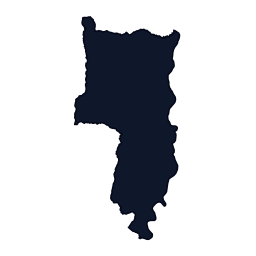 the district of Guaduas, Cundinamarca, Colombia, rotated 179°
{"feature_id": "7082276B20706046366755", "entity_name": "Guaduas", "entity_type": "district", "adm_level": 2, "iso_a3": "COL", "parent_name": "Colombia", "parent_adm1": "Cundinamarca", "projection": "orthographic", "projection_center": [-74.64, 5.204], "detail": "fine", "context": "isolated", "style": "filled", "palette": "ink", "viewbox_px": 256, "rotation_deg": 179, "n_neighbors": 0, "source": "geoboundaries", "source_scale": "gbopen_adm2", "svg_char_len": 5884}
<svg xmlns="http://www.w3.org/2000/svg" viewBox="0 0 256 256"><g transform="rotate(179 128 128)"><path d="M79.0,89.4L81.7,95.6L82.3,98.3L83.3,99.9L83.5,100.6L83.3,101.7L82.9,102.5L82.4,102.8L82.2,105.2L82.8,106.9L84.0,111.3L83.7,112.0L81.8,113.2L80.8,114.9L80.2,119.9L80.4,121.6L81.4,122.9L81.5,123.3L81.1,123.8L79.6,124.8L79.2,125.4L78.8,126.7L78.8,127.7L79.3,128.4L80.5,129.1L83.7,129.3L84.8,129.7L85.3,130.2L85.7,130.7L86.3,132.9L87.5,134.7L87.9,135.6L88.1,137.0L88.2,139.3L88.1,139.9L87.3,141.3L86.5,145.9L86.0,146.8L81.0,152.5L80.5,153.5L80.0,155.4L80.2,157.6L80.5,158.5L82.1,161.0L83.4,164.0L84.6,165.4L84.8,166.3L85.7,167.5L85.9,168.2L86.5,170.8L86.3,172.3L86.4,173.3L87.2,176.3L87.1,180.2L86.3,181.3L83.6,184.1L82.5,186.5L81.0,188.6L80.8,190.0L81.2,193.3L81.9,194.8L82.8,196.0L82.2,199.2L82.0,201.7L81.7,203.5L80.9,206.2L79.6,208.5L78.4,209.9L77.1,211.9L76.8,213.6L75.4,216.6L74.8,220.0L75.6,221.9L78.4,223.9L79.4,224.5L80.4,224.8L80.5,223.4L81.1,222.4L80.8,222.1L80.7,221.7L81.5,221.3L81.8,221.9L82.2,222.0L82.4,220.3L84.2,220.5L84.6,220.0L84.8,218.8L85.3,218.4L86.1,218.7L86.6,219.2L87.4,219.2L88.7,218.7L88.6,218.3L89.1,218.1L88.9,217.6L89.3,217.3L89.8,217.4L89.9,218.1L90.2,218.0L90.5,218.3L90.7,217.7L91.0,217.6L91.1,217.9L91.5,217.2L92.0,217.7L92.6,217.5L92.8,217.9L93.4,218.0L94.0,218.8L94.7,218.9L94.9,219.4L96.0,218.9L96.5,219.6L96.8,219.4L97.8,219.5L98.0,220.2L98.5,220.1L98.9,219.6L99.9,220.0L100.0,220.7L100.7,221.0L101.7,221.2L102.2,220.9L103.2,221.1L103.3,221.5L104.3,222.6L104.4,223.1L105.4,223.4L106.2,224.3L106.9,224.7L107.1,225.1L108.2,225.3L108.8,225.1L109.1,225.6L109.7,225.7L110.4,226.4L112.3,225.9L112.7,226.2L113.5,226.4L114.3,225.8L115.0,225.7L115.3,225.3L117.9,224.8L119.1,224.0L120.6,223.8L122.4,222.1L125.0,220.8L125.8,221.4L126.3,222.1L127.8,223.6L128.3,223.5L128.9,222.6L129.8,222.1L131.1,221.8L133.0,220.6L133.5,220.8L133.4,221.4L134.0,221.9L134.3,221.7L134.7,222.0L135.6,222.1L137.5,223.0L137.8,222.8L137.6,222.5L138.4,222.5L139.0,222.9L140.3,222.6L140.9,223.1L141.7,223.1L142.5,223.6L145.7,224.3L146.8,225.3L147.7,225.6L149.0,224.9L151.5,224.5L153.2,225.4L154.4,225.5L154.8,225.7L155.7,225.8L156.5,225.5L157.8,225.5L159.0,224.9L159.2,225.0L159.2,226.1L159.7,227.9L159.2,229.7L159.1,232.1L159.7,233.9L160.7,235.4L161.0,237.0L161.7,237.4L162.4,238.4L163.2,238.8L163.7,239.7L165.8,239.6L167.1,239.1L169.7,239.3L170.9,239.1L171.4,238.7L171.4,236.6L171.7,236.2L172.1,233.9L171.9,232.8L171.2,231.5L170.3,230.5L169.1,228.4L169.4,228.3L169.6,227.9L169.1,226.6L169.8,225.7L170.5,225.4L170.8,224.6L170.8,222.8L171.1,222.2L170.6,222.2L170.5,221.2L170.6,219.5L171.1,218.3L170.8,216.9L171.0,216.3L170.3,212.7L169.4,211.9L169.6,211.1L169.9,210.9L170.1,210.1L169.3,209.3L169.5,208.4L169.0,207.6L168.8,205.9L168.9,205.0L168.4,203.4L168.3,201.9L168.0,201.4L167.9,200.3L168.7,199.2L168.4,198.6L167.7,198.0L167.1,195.7L167.4,195.2L167.6,193.8L167.9,193.6L168.8,193.5L169.1,190.9L168.5,188.6L168.0,188.1L167.8,187.0L167.8,185.9L169.0,184.6L168.8,183.8L169.2,183.1L168.8,181.9L168.1,181.0L168.5,180.5L169.3,178.2L169.4,177.0L168.5,173.2L169.4,173.0L169.6,172.7L169.6,171.0L169.3,170.2L169.1,168.0L169.6,165.1L170.3,163.7L172.4,162.4L173.1,161.3L176.1,160.9L176.6,159.9L177.4,159.2L177.5,158.3L178.0,158.5L178.9,158.1L179.6,157.4L179.7,154.8L180.2,154.0L180.1,153.5L180.5,152.4L180.6,150.7L179.6,149.3L179.2,147.4L179.7,146.3L179.9,145.1L180.7,143.8L180.9,143.0L180.8,140.8L181.1,139.2L180.4,138.2L180.2,135.8L181.0,133.7L181.2,132.5L179.0,132.4L178.4,132.9L178.1,133.7L177.5,134.3L176.3,135.0L175.3,135.2L173.6,135.0L173.0,134.3L171.8,133.6L171.3,133.6L170.8,134.4L170.4,134.5L168.4,134.0L167.3,134.3L166.4,133.6L164.3,134.0L163.2,133.3L160.0,133.7L159.6,133.5L158.8,132.5L158.1,132.7L157.0,133.7L156.6,133.7L155.5,133.2L154.5,133.7L153.0,133.5L151.1,132.8L149.7,131.9L149.1,131.3L148.2,131.3L147.5,130.6L146.8,130.4L146.2,129.2L145.5,128.7L143.4,128.0L142.4,128.1L141.9,127.8L139.9,127.4L139.3,125.8L137.2,124.4L136.3,123.2L134.7,122.6L134.2,122.1L134.1,121.9L135.1,121.3L136.1,120.0L135.7,119.2L136.2,118.1L136.7,117.8L136.6,117.1L136.1,116.5L135.6,114.8L134.9,113.9L134.8,113.4L135.7,112.2L136.7,112.0L137.2,111.4L137.3,110.7L138.8,107.9L138.5,107.4L139.0,106.6L139.1,105.9L139.4,105.1L140.0,104.6L139.7,103.3L140.2,103.0L140.2,102.2L139.1,101.5L139.2,99.3L138.0,98.2L137.6,95.6L138.0,95.0L138.7,92.2L139.6,91.0L140.0,89.5L140.7,88.7L140.9,87.4L141.4,87.0L141.1,86.2L141.2,85.2L142.7,82.2L142.4,80.0L142.0,78.7L141.8,76.3L142.1,75.8L142.2,74.6L143.4,72.9L143.7,71.8L143.9,70.1L144.4,68.6L144.5,67.4L145.1,65.9L145.2,63.1L146.1,61.0L146.4,57.8L145.5,56.1L144.7,55.7L144.2,55.2L143.9,54.2L143.5,53.6L143.0,53.5L139.9,53.7L139.2,53.1L137.5,50.1L136.7,49.3L136.8,48.2L137.3,46.3L136.3,45.0L136.3,44.2L135.9,44.2L136.1,44.0L135.9,43.7L136.0,43.4L135.8,43.3L135.6,43.5L135.1,43.1L135.0,42.7L134.3,42.7L134.4,42.2L133.0,42.6L131.5,42.0L131.0,42.1L130.1,42.6L127.9,43.2L126.1,44.1L124.9,44.2L124.6,44.2L123.8,43.1L122.8,42.8L122.6,42.4L122.1,42.1L122.3,41.5L122.0,40.9L122.1,40.5L122.6,39.3L122.7,37.8L123.4,35.6L124.0,34.7L124.6,34.5L125.3,34.1L126.5,32.5L126.9,31.6L128.1,30.1L128.5,29.2L129.2,28.7L128.4,27.7L124.7,24.6L123.2,24.5L122.4,23.7L121.2,23.5L120.9,23.2L120.6,23.6L120.3,22.8L118.8,22.5L118.7,20.4L118.2,19.3L118.8,18.0L117.9,17.8L118.2,16.8L117.6,17.5L116.0,17.9L114.0,17.6L111.9,16.7L110.2,16.3L109.1,16.5L108.3,16.8L106.2,18.3L105.9,18.8L105.5,19.9L105.6,21.6L108.6,24.9L109.9,27.1L110.7,30.8L110.8,32.2L110.4,33.8L110.0,34.3L108.2,35.0L106.9,35.2L103.0,35.2L102.6,35.5L101.9,36.4L101.8,37.1L101.9,38.4L103.0,42.8L104.6,45.2L105.2,46.9L104.9,48.1L104.3,49.2L101.8,51.9L100.1,53.1L98.5,53.5L97.5,53.5L96.1,52.9L93.1,49.3L92.5,49.4L91.8,50.1L91.6,51.0L91.8,52.0L93.4,54.4L94.2,56.3L94.4,58.4L94.0,59.4L91.6,62.0L90.6,63.7L89.3,71.9L88.1,76.2L87.1,77.1L82.9,79.8L81.1,81.8L79.4,85.5L79.0,89.4Z" fill="#0f172a" stroke="#020617" stroke-width="1.5"/></g></svg>